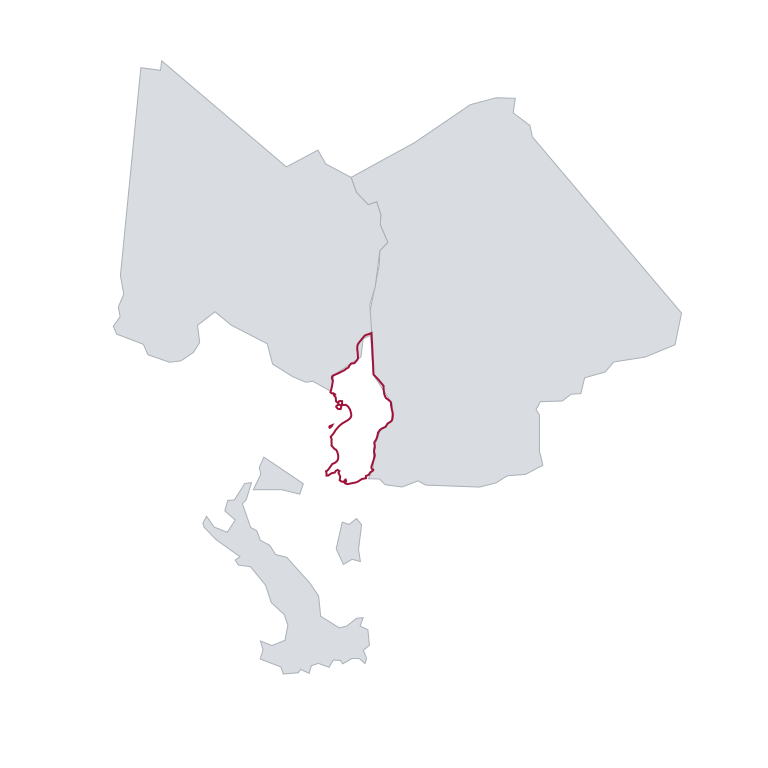 Tunisia highlighted, Equal Earth projection, rotated 188°
{"feature_id": "TUN", "entity_name": "Tunisia", "entity_type": "country or territory", "adm_level": 0, "iso_a3": "TUN", "parent_name": "Africa", "parent_adm1": "", "projection": "equal_earth", "projection_center": [9.904, 33.785], "detail": "fine", "context": "with_neighbors", "style": "outline", "palette": "rose", "viewbox_px": 768, "rotation_deg": 188, "n_neighbors": 3, "source": "natural_earth", "source_scale": "50m", "svg_char_len": 4592}
<svg xmlns="http://www.w3.org/2000/svg" viewBox="0 0 768 768"><g transform="rotate(188 384 384)"><path d="M99.2,495.6L101.3,463.4L129.0,447.1L159.6,437.8L166.5,426.8L186.2,418.1L187.7,401.9L197.2,400.0L205.0,392.0L226.6,388.3L229.9,379.8L225.8,375.2L220.8,339.4L215.4,325.7L231.4,314.1L248.9,310.4L259.4,301.6L275.1,295.2L328.7,289.7L336.7,292.8L351.8,284.5L368.8,284.4L375.3,289.3L386.2,288.0L382.9,298.8L385.3,319.1L381.4,336.7L371.3,348.6L372.6,364.9L396.0,391.8L408.2,450.5L405.2,501.3L406.7,515.4L400.0,524.8L409.9,541.2L410.6,550.8L416.6,563.4L424.5,559.3L437.9,569.8L445.4,584.0L387.1,627.5L337.3,672.7L312.9,683.0L293.8,685.2L293.8,670.5L275.4,660.2L271.5,649.4L99.2,495.6Z" fill="#d9dde1" stroke="#a8b0b8" stroke-width="1"/><path d="M417.9,87.0L426.9,89.8L428.7,86.1L443.4,82.8L446.8,89.5L468.3,94.4L466.8,104.0L470.6,112.3L458.6,109.4L446.4,116.4L445.6,131.7L450.7,141.8L465.2,151.8L473.3,168.3L490.8,184.5L502.9,184.4L506.8,188.9L502.6,192.9L528.4,206.4L542.2,217.1L544.0,220.9L541.3,228.3L532.3,218.7L518.6,215.3L512.4,228.6L524.0,236.3L522.5,247.1L516.0,248.3L508.0,266.2L501.5,267.8L504.3,250.2L507.6,245.8L496.1,223.4L489.5,220.9L484.7,212.0L474.6,208.3L467.7,200.1L456.2,198.8L429.7,176.5L419.2,164.9L414.4,145.2L394.4,136.3L387.4,139.0L378.5,148.2L372.1,149.7L374.0,141.0L365.8,138.5L362.1,123.3L367.4,117.3L363.1,110.0L363.8,104.5L370.2,108.7L377.5,107.7L386.0,101.1L388.6,104.2L395.7,103.6L399.0,95.8L410.1,98.2L416.7,94.9L417.9,87.0ZM470.6,265.1L498.7,261.1L493.4,277.5L495.9,284.0L492.8,294.9L450.0,274.0L452.1,263.2L470.6,265.1ZM391.2,206.0L399.1,199.7L408.4,214.1L406.1,241.4L399.0,240.1L392.5,247.0L386.6,241.5L386.2,216.6L382.7,204.9L391.2,206.0Z" fill="#d9dde1" stroke="#a8b0b8" stroke-width="1"/><path d="M660.1,454.6L668.8,663.4L649.0,663.5L649.1,673.1L510.9,585.4L482.0,606.4L472.3,593.8L445.4,584.0L437.9,569.8L424.5,559.3L416.6,563.4L410.6,550.8L409.9,541.2L400.0,524.8L406.7,515.4L406.2,478.9L409.1,460.8L402.9,431.1L410.9,426.0L410.6,407.6L434.8,386.0L435.6,369.3L454.8,376.8L461.6,374.9L475.3,378.5L497.1,388.2L505.2,407.6L543.5,421.0L561.4,432.0L576.8,416.2L572.3,399.4L577.1,388.8L588.4,378.6L599.5,375.7L621.8,380.1L627.8,389.8L655.7,396.2L660.1,403.4L654.7,413.9L657.8,423.3L654.2,436.8L660.1,454.6Z" fill="#d9dde1" stroke="#a8b0b8" stroke-width="1"/><path d="M435.9,368.4L435.8,368.9L435.3,373.0L435.2,374.5L435.1,377.0L435.1,380.0L436.4,382.6L436.5,383.7L436.0,385.0L433.6,386.5L430.5,388.4L427.8,390.3L424.9,392.3L424.0,393.5L422.6,394.5L421.4,395.5L421.2,396.5L420.3,398.3L419.2,399.8L416.4,400.4L415.9,400.9L414.6,403.1L414.0,403.9L413.3,405.7L414.2,410.4L415.4,415.1L415.6,417.1L415.6,418.8L415.0,420.6L413.5,423.2L412.4,425.1L410.3,428.5L409.7,429.3L408.2,430.3L405.4,431.6L403.5,432.8L402.5,427.6L401.6,423.2L400.9,419.5L399.7,413.1L398.7,407.7L397.6,402.3L396.7,397.4L395.8,392.4L395.4,391.7L392.5,389.4L389.9,387.3L387.2,384.8L384.2,382.2L383.7,378.9L382.3,373.9L380.7,371.1L380.1,370.4L376.9,368.6L375.0,367.3L374.5,366.5L374.2,364.5L372.9,360.4L371.4,356.8L370.9,354.3L370.8,351.2L371.1,349.0L371.8,348.0L375.0,345.3L376.4,341.9L378.2,340.7L379.8,339.7L381.1,338.6L382.2,336.9L383.1,335.0L383.2,332.9L383.6,329.7L384.2,327.5L385.5,324.9L385.0,322.9L384.3,320.7L384.5,316.9L384.4,315.3L383.8,314.0L383.2,312.2L383.2,310.7L383.8,306.9L384.3,304.0L385.0,300.2L384.7,299.1L384.2,298.3L382.7,297.5L382.7,297.0L383.1,296.5L385.3,294.6L386.5,291.9L387.5,291.3L389.1,290.4L389.0,289.3L388.7,288.2L392.6,286.9L396.4,283.6L397.7,282.8L406.4,279.7L407.5,279.9L408.8,280.4L408.4,281.5L407.9,282.4L408.7,284.0L409.7,283.0L409.4,282.4L409.4,281.5L411.2,281.4L412.8,281.6L414.5,282.5L414.4,286.1L416.7,289.7L416.0,291.5L417.9,292.5L419.6,291.3L420.5,289.4L423.6,288.3L426.5,285.6L428.2,285.3L428.5,287.6L429.3,289.5L428.2,290.2L426.8,292.3L424.1,297.6L421.6,299.1L419.8,301.1L419.2,302.6L419.0,304.3L419.5,307.3L420.9,310.4L422.4,312.3L424.0,312.8L427.5,315.8L427.5,317.5L428.0,319.6L428.2,322.1L429.4,324.2L426.8,328.6L425.4,331.8L422.5,336.2L420.0,339.0L414.6,343.3L413.3,344.7L412.4,346.2L412.0,347.7L412.2,349.5L414.0,353.9L416.3,356.6L418.8,358.0L423.0,357.4L422.8,359.1L423.1,361.2L424.8,361.1L426.0,360.8L426.9,358.8L429.0,360.1L430.1,364.3L431.8,365.6L432.0,366.1L431.4,366.4L431.0,366.9L431.5,367.2L433.2,367.8L434.2,367.4L435.9,368.4ZM426.9,356.7L426.5,356.8L425.7,357.4L425.3,357.5L424.1,356.8L423.7,356.8L423.1,356.3L423.3,353.8L423.5,353.1L426.3,353.0L427.9,354.5L428.2,354.9L428.2,355.3L427.5,356.2L426.9,356.7ZM432.0,334.6L429.5,336.1L430.0,334.7L431.6,333.1L432.1,333.5L432.0,334.6Z" fill="none" stroke="#9f1239" stroke-width="2"/></g></svg>